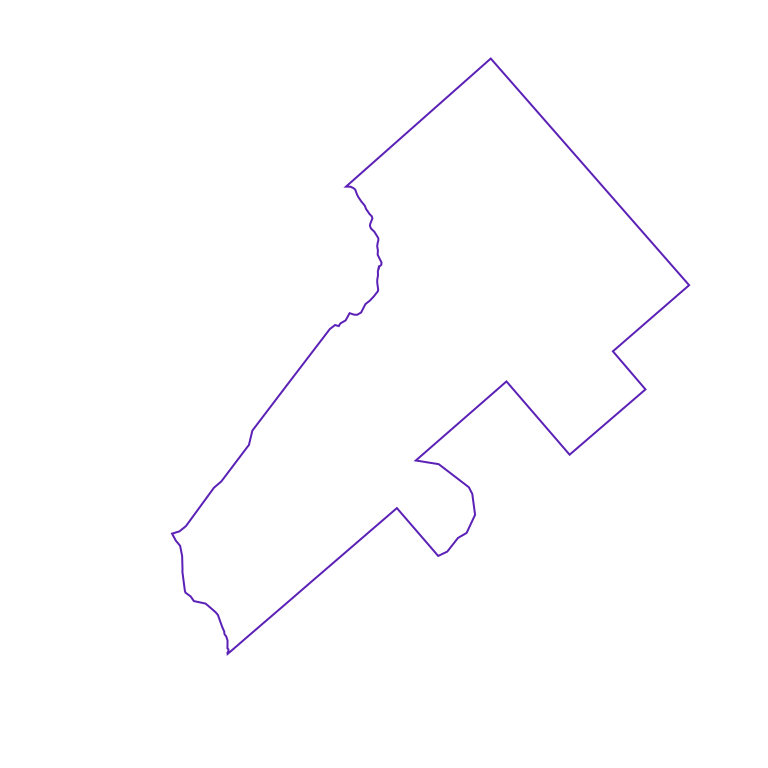 Lake of the Woods, Minnesota, United States of America (Albers equal-area conic projection), rotated 229°
{"feature_id": "52423323B31112987754605", "entity_name": "Lake of the Woods", "entity_type": "district", "adm_level": 2, "iso_a3": "USA", "parent_name": "United States of America", "parent_adm1": "Minnesota", "projection": "albers", "projection_center": [-94.86, 48.875], "detail": "fine", "context": "isolated", "style": "outline", "palette": "violet", "viewbox_px": 768, "rotation_deg": 229, "n_neighbors": 0, "source": "geoboundaries", "source_scale": "gbopen_adm2", "svg_char_len": 1446}
<svg xmlns="http://www.w3.org/2000/svg" viewBox="0 0 768 768"><g transform="rotate(229 384 384)"><path d="M559.6,678.1L557.9,484.8L554.7,488.3L551.7,489.5L549.5,489.8L544.9,488.0L541.6,487.2L536.4,486.6L531.2,486.5L527.9,485.3L521.8,484.6L518.6,484.8L516.6,483.9L513.8,478.5L512.5,477.1L509.9,476.2L505.1,476.6L497.9,475.4L496.4,474.3L494.5,471.6L492.4,469.2L488.9,467.1L485.7,464.0L477.3,461.8L475.7,460.1L475.7,457.3L475.2,456.7L475.6,456.7L473.1,453.3L469.9,450.7L467.2,447.4L465.1,445.5L459.3,441.7L458.1,440.5L456.8,433.9L456.2,427.9L456.5,422.4L453.0,413.7L453.8,409.3L455.7,407.1L460.0,404.5L457.2,396.8L458.3,391.0L458.3,390.8L457.4,387.8L460.6,385.8L461.0,379.4L461.0,379.1L447.2,311.9L435.2,254.1L426.5,241.9L426.1,239.4L417.2,197.3L417.3,187.7L406.7,141.3L407.0,132.9L410.1,125.9L402.3,124.1L395.7,124.0L386.6,118.8L375.8,109.9L374.9,108.9L358.8,98.2L356.8,97.3L350.4,98.7L344.9,98.1L335.3,105.3L322.0,107.2L318.6,107.1L306.8,102.5L301.9,101.0L301.0,100.2L299.4,99.4L297.0,99.3L293.0,97.6L287.2,92.4L285.9,92.5L284.2,91.1L284.0,89.7L282.9,88.9L282.9,89.7L282.8,97.8L282.9,98.6L282.8,99.6L282.8,106.3L282.8,112.5L282.7,132.4L282.7,132.9L282.7,133.3L282.7,134.5L282.5,166.8L282.4,204.5L281.9,312.3L218.7,312.1L216.0,321.8L219.3,338.9L217.4,348.6L225.5,366.9L243.1,378.5L250.4,380.3L287.6,372.7L305.4,357.8L305.6,478.1L208.9,477.7L208.4,577.8L258.5,578.2L258.4,679.1L559.6,678.1Z" fill="none" stroke="#5b21b6" stroke-width="2"/></g></svg>